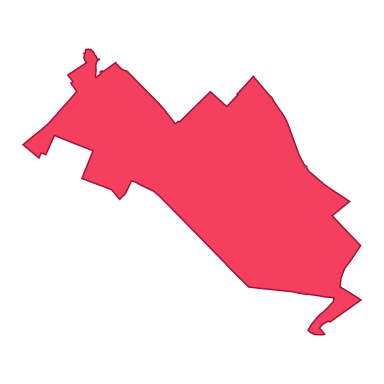 the district of Dragoesti, Ialomita, Romania
{"feature_id": "2599482B30507331173389", "entity_name": "Dragoesti", "entity_type": "district", "adm_level": 2, "iso_a3": "ROU", "parent_name": "Romania", "parent_adm1": "Ialomita", "projection": "equal_earth", "projection_center": [26.544, 44.558], "detail": "fine", "context": "isolated", "style": "filled", "palette": "rose", "viewbox_px": 384, "rotation_deg": 0, "n_neighbors": 0, "source": "geoboundaries", "source_scale": "gbopen_adm2", "svg_char_len": 4612}
<svg xmlns="http://www.w3.org/2000/svg" viewBox="0 0 384 384"><path d="M330.0,322.0L330.4,321.7L330.9,321.3L333.3,319.7L335.4,318.1L337.3,316.8L338.8,315.7L344.5,311.7L354.7,304.4L361.0,300.0L359.6,299.1L358.6,298.4L357.8,297.8L356.9,297.3L355.4,296.3L352.7,294.7L351.5,293.9L350.6,293.3L349.8,292.8L347.2,291.2L346.6,290.8L345.0,289.8L343.7,289.0L343.1,288.7L341.9,288.0L340.7,287.1L340.3,286.9L340.0,287.1L339.9,286.8L340.2,285.2L340.7,280.7L340.9,279.4L341.0,278.0L341.4,277.0L343.2,272.1L344.1,270.1L344.4,269.4L344.5,268.6L348.1,263.9L350.0,261.4L360.6,245.6L341.7,225.9L332.2,215.7L341.7,207.9L345.9,204.5L349.7,201.5L328.9,187.8L324.3,184.5L310.4,172.6L309.2,171.6L308.7,171.0L306.3,167.4L306.8,166.8L304.7,165.5L304.3,164.6L302.6,161.7L302.0,160.8L300.4,157.5L298.9,154.5L297.0,149.1L291.0,132.7L290.3,130.8L289.7,128.9L288.5,125.8L288.1,124.8L286.9,121.8L285.2,118.4L282.9,114.4L281.0,111.8L277.8,107.2L276.8,105.8L275.0,103.0L272.9,99.9L272.4,98.3L271.7,97.5L270.5,96.4L268.5,94.4L253.3,76.4L240.6,90.4L240.2,90.7L240.4,90.9L237.0,94.0L237.8,94.8L237.0,95.7L226.8,106.6L210.8,92.1L210.4,91.7L194.9,106.8L179.5,121.9L179.3,121.7L178.9,121.4L178.4,121.4L178.0,121.6L175.7,123.6L175.4,123.6L175.1,123.5L174.8,123.3L173.4,121.3L171.4,118.9L163.6,108.8L159.3,103.9L127.8,72.0L127.7,71.5L122.1,69.5L116.5,64.0L115.7,62.6L105.0,70.3L102.9,71.7L102.0,70.8L100.1,72.1L101.3,73.4L98.1,75.7L98.2,75.9L96.2,77.6L95.3,76.4L95.6,75.3L95.8,73.9L96.1,70.5L95.8,65.5L96.2,63.2L97.3,60.9L99.4,59.3L99.4,59.0L97.3,59.4L96.9,58.2L96.0,56.1L94.5,54.8L94.2,53.7L93.6,52.1L92.5,51.2L91.3,50.2L91.1,49.6L90.9,49.5L89.2,49.5L88.3,49.2L87.8,49.2L85.7,49.6L85.5,51.4L85.3,52.9L84.7,53.2L84.0,53.3L84.3,53.5L84.4,53.9L84.4,54.3L84.3,55.1L84.1,56.8L83.9,57.5L84.1,58.3L84.5,59.6L84.9,60.5L86.5,62.7L84.7,63.9L68.0,74.8L67.8,75.0L72.8,81.5L72.8,81.8L71.7,82.5L71.1,82.9L71.0,83.2L71.0,83.3L71.1,83.7L76.7,91.0L75.7,92.3L75.6,92.8L69.3,100.1L61.9,108.3L59.0,111.5L57.8,112.9L57.7,113.3L53.3,118.1L50.1,121.7L48.6,123.4L41.2,129.9L36.0,134.0L35.1,134.6L23.0,144.7L39.0,158.0L39.8,156.2L40.2,155.3L40.2,155.1L40.9,153.5L41.0,153.1L41.1,152.9L42.3,153.3L45.8,154.7L49.0,147.5L54.5,135.5L54.5,135.4L56.4,136.2L57.7,136.7L59.4,137.4L63.2,139.0L75.7,144.0L91.3,150.0L93.1,150.7L93.1,150.8L91.7,154.1L91.4,154.8L91.3,155.0L91.0,155.8L90.6,157.0L90.1,158.0L89.7,159.1L88.9,161.1L87.1,165.5L83.6,174.3L82.2,177.8L81.9,178.5L86.3,180.1L90.4,181.7L102.2,186.1L103.8,186.7L111.7,189.8L113.2,191.5L114.1,192.7L115.0,193.8L115.3,194.2L115.6,194.5L116.4,195.4L117.2,196.5L118.0,197.3L119.1,198.7L119.8,199.4L120.3,198.6L121.7,197.0L122.9,196.0L124.4,194.8L125.2,193.8L125.4,193.4L126.0,192.4L126.4,191.5L126.7,190.9L127.4,189.6L127.9,188.4L128.7,186.8L129.4,185.4L130.5,183.0L131.3,180.8L135.5,182.1L138.6,183.9L143.2,186.2L144.6,186.9L145.6,187.4L146.3,187.7L146.9,188.0L147.9,188.5L149.8,189.4L151.3,190.0L152.5,190.7L153.5,191.1L155.6,192.9L157.7,194.7L158.3,195.1L158.8,195.6L159.1,195.9L160.0,196.6L160.5,197.1L161.0,197.6L161.6,198.2L161.9,198.6L162.3,198.9L162.8,199.5L163.3,200.0L163.6,200.4L165.1,201.9L165.8,202.5L166.2,203.0L167.0,203.7L167.8,204.6L170.3,207.1L176.8,213.8L178.0,214.9L178.7,215.7L180.2,217.4L180.4,217.3L180.6,217.6L181.0,218.0L181.8,218.8L183.3,220.4L185.2,222.3L187.2,224.4L189.3,226.5L190.4,227.6L193.5,230.8L196.2,233.5L200.1,237.6L206.8,244.4L214.7,252.5L220.8,258.7L221.9,259.8L226.3,264.3L226.3,264.6L228.1,266.5L231.9,270.3L236.9,275.3L239.1,277.6L239.5,278.0L239.6,277.8L241.6,279.8L242.6,280.9L245.1,283.4L247.4,285.8L248.9,287.1L249.2,287.1L252.6,287.5L254.8,287.7L257.6,288.1L261.9,288.5L263.9,288.8L266.0,289.0L266.8,289.0L269.8,289.3L278.1,290.2L285.5,291.0L289.1,291.4L291.4,291.6L294.6,292.2L296.6,292.6L299.2,293.2L301.1,293.5L304.7,294.1L306.4,294.3L306.8,294.4L307.2,294.3L308.2,294.4L310.2,294.5L311.8,294.8L313.5,295.0L315.5,295.3L315.8,295.3L317.8,295.6L319.2,295.8L320.5,296.1L322.7,296.5L323.5,296.7L324.7,296.9L326.1,297.1L327.1,297.0L329.6,297.2L332.9,297.7L334.2,297.8L333.7,299.4L333.5,300.3L333.4,301.2L332.8,302.4L331.0,304.0L330.1,305.0L328.9,306.6L325.5,309.8L323.4,311.9L321.4,313.4L319.2,315.2L317.1,317.6L313.6,322.0L312.1,323.7L310.9,325.3L309.8,327.3L308.4,329.7L308.1,330.3L308.6,330.5L308.9,330.9L310.0,332.1L313.3,333.9L313.9,334.2L314.7,334.5L319.0,334.7L321.2,334.8L323.9,334.6L324.7,334.4L324.8,334.3L322.8,332.0L320.7,329.5L319.8,328.5L319.7,328.2L319.7,327.9L320.2,327.4L322.0,324.8L322.3,324.6L324.3,323.4L326.4,322.2L328.0,321.3L328.6,321.2L328.8,321.2L329.2,321.5L329.4,321.6L329.8,322.0L330.0,322.0L330.0,322.0Z" fill="#f43f5e" stroke="#9f1239" stroke-width="1.5"/></svg>